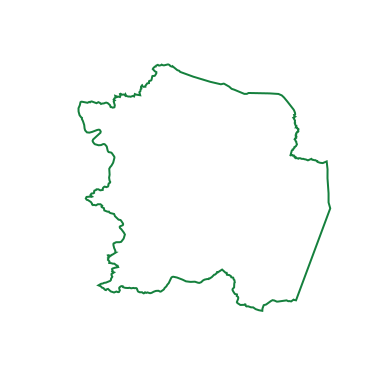 the district of Siem Pang, Stœng Trêng, Cambodia, rotated 290°
{"feature_id": "14789045B29647510840066", "entity_name": "Siem Pang", "entity_type": "district", "adm_level": 2, "iso_a3": "KHM", "parent_name": "Cambodia", "parent_adm1": "Stœng Trêng", "projection": "natural_earth1", "projection_center": [106.38, 14.216], "detail": "fine", "context": "isolated", "style": "outline", "palette": "green", "viewbox_px": 384, "rotation_deg": 290, "n_neighbors": 0, "source": "geoboundaries", "source_scale": "gbopen_adm2", "svg_char_len": 5997}
<svg xmlns="http://www.w3.org/2000/svg" viewBox="0 0 384 384"><g transform="rotate(290 192 192)"><path d="M303.5,130.7L303.0,130.6L302.9,129.7L303.0,128.5L303.7,127.3L303.7,125.8L301.5,122.5L301.2,121.5L301.3,119.9L300.6,119.5L299.7,118.2L299.5,117.4L299.8,116.4L298.5,115.1L297.5,115.0L297.3,114.4L295.6,113.4L294.1,113.1L292.7,115.9L292.5,117.5L291.3,117.9L288.7,117.4L288.2,116.9L287.7,115.5L287.3,115.1L283.5,115.6L282.6,115.2L281.8,113.9L281.1,113.8L279.6,114.3L278.8,112.8L275.8,111.9L275.0,112.2L274.2,110.3L274.5,109.2L275.2,108.6L274.9,108.4L274.4,108.6L273.5,108.1L272.8,108.3L271.8,109.1L270.9,108.6L269.0,109.0L267.8,108.4L265.2,110.2L264.4,106.1L264.5,104.8L262.0,104.9L262.1,103.7L260.5,101.7L260.4,100.9L259.9,99.5L259.8,97.4L260.9,96.2L259.8,96.2L260.4,94.9L259.5,92.9L259.9,91.3L259.4,90.8L258.0,91.8L256.6,91.8L256.4,90.1L255.7,89.2L256.1,88.9L256.1,87.0L254.6,87.9L253.6,87.1L252.1,86.8L251.7,88.1L250.6,87.4L250.2,87.5L247.1,89.8L245.1,90.1L244.8,89.8L244.1,88.5L244.3,87.1L244.0,86.6L244.2,86.2L245.5,85.4L246.7,82.4L246.7,81.1L246.3,80.2L245.2,79.0L244.2,77.0L243.6,76.4L244.2,75.1L244.4,73.3L242.8,71.9L242.8,66.8L242.2,65.9L241.4,65.5L241.5,64.6L240.1,63.3L239.2,57.7L238.9,57.0L238.2,56.5L235.2,56.9L231.9,56.7L228.8,57.9L225.7,60.1L224.4,62.1L224.0,63.3L223.0,63.5L221.3,65.3L218.1,67.8L215.0,69.3L213.3,70.6L212.1,72.9L212.7,75.3L214.4,77.7L217.8,81.6L218.7,83.1L218.8,84.0L217.7,85.5L216.4,85.7L207.5,81.1L206.0,81.1L205.2,81.8L204.1,83.4L203.7,84.5L204.0,88.3L205.0,90.5L206.7,92.2L207.0,93.0L206.9,94.0L205.6,96.3L201.9,98.7L201.3,99.5L201.0,100.0L201.4,102.4L201.1,103.4L198.6,106.9L197.7,107.4L192.6,107.9L189.2,107.3L187.4,106.6L185.5,106.3L180.0,108.7L177.1,109.2L174.4,110.7L173.5,111.7L172.8,111.8L171.5,110.8L170.9,111.0L170.1,110.9L169.3,111.3L168.3,111.1L167.3,109.9L167.2,108.1L166.8,107.7L165.7,107.1L164.7,107.0L163.4,107.4L162.2,105.2L162.5,103.2L161.8,101.3L161.0,101.1L159.9,99.8L159.1,99.8L157.7,100.3L157.0,99.7L156.2,98.1L154.4,97.6L154.1,97.8L153.5,99.7L153.0,99.1L152.8,97.8L151.3,94.6L149.6,94.4L148.7,95.7L148.8,97.0L148.0,100.4L146.9,102.0L146.1,102.4L145.8,103.4L146.4,104.3L146.6,106.3L148.3,107.7L149.2,110.2L148.4,112.3L147.2,112.0L146.9,112.5L146.7,114.7L144.7,115.9L144.6,119.3L145.1,120.7L144.5,121.4L144.3,122.6L144.7,126.3L142.9,127.9L140.9,132.4L141.2,134.2L141.0,134.9L138.8,137.9L138.2,138.3L137.1,138.3L135.2,136.2L134.4,136.0L133.5,136.7L132.8,138.4L130.5,141.9L129.1,143.5L124.8,143.7L121.0,142.5L120.1,141.2L119.0,138.2L118.3,137.2L117.5,136.8L117.0,136.0L116.3,135.9L115.1,136.4L112.6,138.1L110.8,139.9L109.1,140.6L109.2,141.2L105.6,138.4L105.4,137.9L104.6,137.7L104.2,137.3L104.0,135.0L103.7,134.6L103.2,135.1L103.0,136.6L101.2,135.6L100.7,136.3L99.5,136.2L98.5,138.2L97.0,138.5L97.5,140.5L97.6,142.2L98.1,143.5L97.2,146.3L97.3,147.3L96.2,148.3L94.4,145.4L92.9,143.5L92.2,143.2L90.9,144.3L90.1,144.0L89.9,144.2L89.8,146.2L87.3,144.4L86.1,145.0L85.1,146.1L83.0,145.6L81.6,145.9L80.5,145.5L77.4,142.1L76.6,140.5L75.5,139.5L74.7,138.0L72.3,136.0L72.2,138.5L71.4,140.0L71.4,141.7L70.7,142.9L70.3,144.1L70.4,144.7L71.2,144.9L72.2,146.2L70.8,149.6L70.9,153.1L72.6,155.0L72.6,156.8L73.1,157.6L75.0,157.8L76.1,156.8L76.9,156.4L77.6,156.5L79.0,157.4L79.6,158.3L79.7,159.3L79.0,159.7L79.1,162.0L79.9,164.8L80.6,165.9L80.7,167.8L81.8,169.7L81.9,170.7L82.6,172.5L82.4,173.2L80.4,174.9L80.0,175.5L79.9,177.1L80.7,179.4L80.2,181.1L80.5,181.6L81.7,182.2L81.5,183.4L82.4,184.5L82.5,186.9L82.8,187.7L83.8,188.9L85.1,190.0L86.7,191.9L87.7,194.2L87.5,196.1L87.7,196.7L89.8,198.2L90.9,198.9L92.4,199.1L94.6,200.2L96.4,200.5L98.4,201.3L103.9,201.8L104.8,202.0L105.6,202.7L106.0,203.5L106.5,207.2L106.4,213.1L106.0,216.9L107.0,221.3L108.7,225.4L108.8,228.7L109.1,230.0L110.4,231.5L112.5,232.5L113.9,233.7L115.4,236.0L115.9,237.4L116.7,237.6L116.8,238.2L118.8,239.7L121.8,241.1L122.2,241.8L123.5,242.6L124.3,242.8L125.0,243.5L125.5,243.2L125.8,244.1L129.4,246.8L127.6,251.2L127.9,252.2L126.3,253.0L126.6,253.6L126.3,254.2L126.7,255.5L126.2,257.4L125.3,258.1L125.6,260.0L124.0,261.2L123.7,262.0L121.7,263.1L121.4,262.9L120.2,263.1L116.7,264.2L115.0,263.4L113.9,263.5L112.7,264.7L110.9,267.1L111.1,269.3L109.6,269.6L109.2,271.0L108.7,271.5L107.5,271.9L103.9,271.8L103.2,272.6L102.4,276.0L103.8,279.7L104.6,280.2L104.6,280.7L103.4,281.5L103.1,282.3L103.8,283.9L103.8,286.8L104.5,289.0L103.7,291.8L103.8,295.4L104.4,298.7L106.6,298.1L110.2,298.1L111.6,300.1L116.6,303.5L117.9,304.7L118.2,306.5L118.0,309.1L118.4,310.2L122.5,317.9L122.3,319.8L122.8,320.8L123.1,322.6L125.6,324.3L125.5,325.0L125.8,326.8L223.9,327.5L228.9,323.9L237.4,320.8L251.3,314.6L259.7,311.6L266.8,308.1L263.9,305.0L263.3,302.5L263.2,300.0L263.3,299.6L263.9,299.2L263.6,298.7L263.9,298.1L264.1,297.1L263.7,296.1L263.7,295.0L263.4,294.0L264.0,292.9L261.4,290.1L261.5,287.8L261.2,286.3L261.3,285.5L260.7,283.8L260.7,282.0L260.2,280.7L259.7,280.5L259.7,278.7L259.3,278.1L259.8,277.4L259.5,277.1L259.7,276.7L260.4,277.0L260.6,275.9L261.1,275.3L260.6,274.6L261.1,273.9L261.0,273.0L260.2,272.4L260.2,272.0L265.1,271.6L265.9,272.2L266.3,272.1L266.5,272.6L267.6,272.6L268.8,273.2L269.2,272.9L270.7,274.0L272.7,274.3L274.4,272.9L275.0,272.7L275.3,272.0L276.2,271.3L276.6,270.4L277.3,270.5L278.2,271.2L278.4,270.9L278.8,271.0L279.6,270.6L279.4,271.2L279.6,271.3L280.5,270.5L281.9,270.2L282.1,269.9L282.9,269.8L284.1,270.6L284.5,270.4L284.8,271.0L285.3,271.2L286.4,270.5L287.0,270.7L287.5,270.4L287.4,270.2L287.9,268.8L288.2,269.0L288.5,268.7L288.8,267.8L288.5,267.4L289.9,267.3L289.8,266.8L290.9,265.7L292.1,265.3L292.1,264.9L294.3,264.4L296.3,262.0L296.6,262.6L297.1,262.4L297.9,263.0L297.9,262.4L298.2,262.2L298.5,262.4L299.2,261.8L299.3,262.2L300.2,262.4L301.5,261.8L303.4,260.2L304.2,259.3L309.6,250.7L312.3,246.1L313.5,243.3L313.7,239.7L311.2,231.2L304.4,211.3L303.0,210.0L302.1,207.5L302.6,196.6L302.5,193.9L303.7,191.0L304.7,185.2L304.6,184.6L303.1,182.3L301.8,171.6L300.8,153.8L300.8,139.8L301.5,138.6L301.5,136.5L303.5,130.7Z" fill="none" stroke="#15803d" stroke-width="2"/></g></svg>